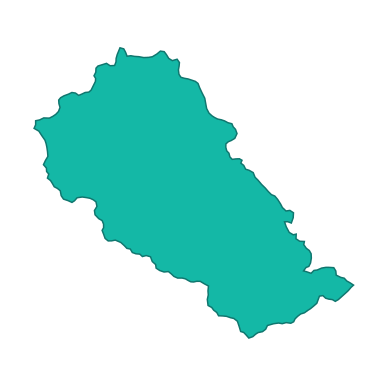 the district of Carmo do Cajuru, Minas Gerais, Brazil, rotated 173°
{"feature_id": "56859067B72173445763678", "entity_name": "Carmo do Cajuru", "entity_type": "district", "adm_level": 2, "iso_a3": "BRA", "parent_name": "Brazil", "parent_adm1": "Minas Gerais", "projection": "orthographic", "projection_center": [-44.71, -20.195], "detail": "fine", "context": "isolated", "style": "filled", "palette": "teal", "viewbox_px": 384, "rotation_deg": 173, "n_neighbors": 0, "source": "geoboundaries", "source_scale": "gbopen_adm2", "svg_char_len": 3247}
<svg xmlns="http://www.w3.org/2000/svg" viewBox="0 0 384 384"><g transform="rotate(173 192 192)"><path d="M184.9,72.1L182.1,69.4L180.7,65.9L177.0,65.3L172.9,64.4L169.0,62.5L165.9,61.4L162.7,58.2L161.6,52.9L160.7,47.6L157.8,46.3L155.9,43.8L153.4,40.1L149.3,41.0L146.2,43.1L143.6,44.4L139.0,44.8L135.6,46.8L133.4,50.3L127.1,51.3L122.0,51.4L118.5,50.3L114.5,50.9L109.9,49.7L106.9,50.8L105.2,53.5L102.2,55.8L99.0,57.7L95.1,58.4L91.5,60.4L88.7,61.7L85.4,63.8L81.7,66.3L80.0,69.6L78.2,73.1L74.7,73.2L72.3,70.3L69.3,69.0L65.8,68.1L63.1,66.0L59.8,67.4L55.8,70.2L52.5,72.5L49.0,75.0L45.7,78.0L43.0,79.9L46.3,82.7L49.2,84.8L51.4,87.9L54.7,89.1L59.0,91.9L58.9,96.1L60.5,99.6L64.6,100.4L68.2,100.9L72.6,100.7L77.3,99.3L80.5,99.3L83.7,96.8L88.2,99.0L90.9,100.1L88.0,103.2L85.1,103.9L83.0,107.1L81.6,111.9L81.3,116.2L82.7,119.6L85.4,122.2L87.5,126.1L86.5,129.2L91.1,130.0L94.5,132.9L93.7,137.5L96.7,137.2L100.4,140.0L102.7,145.9L103.8,151.1L100.7,150.9L97.2,149.1L94.7,154.1L93.8,159.0L97.1,161.8L101.0,161.7L104.2,165.6L105.5,169.2L107.9,174.2L110.3,177.9L113.5,179.7L116.2,183.1L118.8,187.0L122.0,191.0L125.2,195.9L127.6,198.9L128.9,203.8L132.7,206.6L136.0,208.1L137.4,212.1L140.0,214.7L138.5,217.4L140.9,219.2L144.3,219.5L148.1,219.5L150.1,222.2L150.6,226.0L152.5,228.6L153.0,232.3L152.5,235.6L149.8,237.5L146.8,238.3L143.0,240.0L140.2,244.5L141.2,248.9L143.2,251.7L144.1,254.9L147.9,256.4L151.0,258.6L154.1,260.1L157.7,261.3L160.4,263.1L162.7,265.0L165.5,268.2L167.3,273.0L167.6,277.9L167.9,283.5L170.0,289.3L171.7,294.5L172.8,299.0L175.2,301.4L177.9,302.7L182.1,304.7L185.7,305.8L189.0,307.2L190.6,310.4L190.6,314.9L189.5,318.4L188.7,322.0L190.6,325.6L195.5,324.8L198.8,327.4L200.7,331.6L202.5,334.7L206.2,335.7L210.1,333.2L214.8,331.1L218.7,330.9L223.5,331.3L228.3,332.8L232.5,333.6L236.1,334.7L239.9,334.7L240.9,338.8L242.3,342.4L245.9,343.9L247.8,340.5L249.4,337.7L251.0,333.9L251.6,330.4L253.4,327.0L257.9,327.3L261.2,330.1L266.1,329.2L270.0,328.5L272.2,326.6L272.9,322.6L275.1,319.3L273.8,316.5L274.4,313.5L277.1,309.4L279.7,305.4L282.3,303.7L285.9,303.8L289.5,302.6L292.7,301.7L295.6,304.4L299.1,305.4L302.6,304.2L307.3,303.1L310.9,301.6L313.1,299.5L313.3,295.9L312.7,292.0L314.7,288.2L317.7,285.7L320.8,284.1L324.6,282.7L330.1,283.6L334.5,282.1L338.5,281.8L339.0,277.8L341.0,274.4L336.6,271.1L334.2,266.2L331.6,261.3L330.9,257.7L330.6,254.1L330.5,249.6L330.7,244.9L333.6,241.2L336.1,237.2L333.6,233.5L333.8,230.0L332.0,227.3L333.8,223.4L331.0,220.6L329.5,217.4L328.1,214.0L325.2,212.0L322.6,209.3L322.3,204.3L320.4,200.6L316.2,198.6L312.4,196.3L309.7,197.6L306.7,200.3L301.5,200.4L297.1,199.2L294.0,198.2L290.9,196.3L288.5,193.9L288.1,189.3L291.1,185.5L291.0,181.2L287.8,176.9L284.7,174.6L283.7,170.9L284.1,167.3L285.9,164.9L285.0,161.4L283.9,156.5L281.2,153.7L277.9,153.3L274.0,153.6L268.8,150.6L265.7,147.0L263.5,144.0L260.2,142.9L258.6,139.2L255.2,137.5L251.4,136.7L249.1,134.0L245.2,134.5L241.1,132.8L239.9,127.8L236.9,124.4L236.9,120.8L233.6,118.0L229.5,116.0L225.1,115.9L222.5,113.2L220.2,110.4L216.7,108.3L212.3,107.8L209.1,106.6L206.5,104.6L204.1,103.0L201.3,102.5L198.2,102.8L194.7,102.3L191.0,99.4L187.1,96.7L188.2,91.9L188.4,87.8L189.9,83.5L189.9,77.4L186.5,75.0L184.9,72.1Z" fill="#14b8a6" stroke="#0f766e" stroke-width="1.5"/></g></svg>